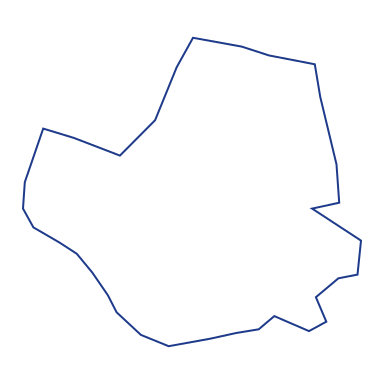 the district of Mammari, Cyprus
{"feature_id": "46923920B76597739182266", "entity_name": "Mammari", "entity_type": "district", "adm_level": 2, "iso_a3": "CYP", "parent_name": "Cyprus", "parent_adm1": "", "projection": "equal_earth", "projection_center": [33.204, 35.187], "detail": "fine", "context": "isolated", "style": "outline", "palette": "blue", "viewbox_px": 384, "rotation_deg": 0, "n_neighbors": 0, "source": "geoboundaries", "source_scale": "gbopen_adm2", "svg_char_len": 532}
<svg xmlns="http://www.w3.org/2000/svg" viewBox="0 0 384 384"><path d="M43.2,128.6L24.8,182.2L23.0,208.6L33.4,227.4L59.4,242.5L76.8,253.8L92.4,272.7L107.9,295.3L116.6,312.3L140.9,334.9L168.6,346.2L210.2,338.7L236.2,333.0L258.7,329.3L274.3,316.1L291.6,323.6L309.0,331.1L326.3,321.7L315.9,297.2L338.4,278.3L357.5,274.6L361.0,240.6L312.1,208.6L339.2,202.7L336.5,164.4L320.2,96.7L314.8,64.3L268.8,55.4L241.7,46.6L193.0,37.8L176.7,67.2L155.1,120.2L119.9,155.6L73.8,137.9L43.2,128.6Z" fill="none" stroke="#1e3a8a" stroke-width="2"/></svg>